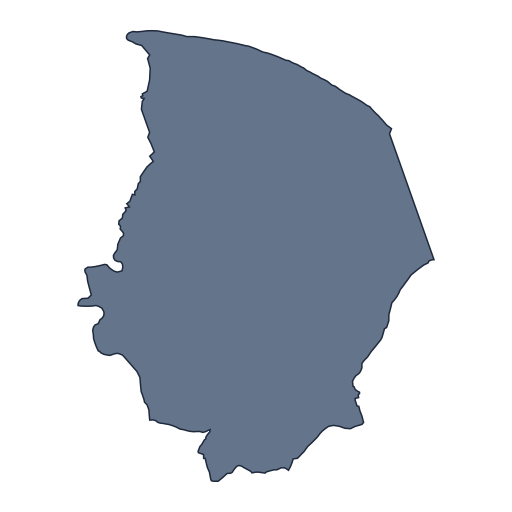 Yutanduchi de Guerrero, Oaxaca, Mexico (Mercator projection)
{"feature_id": "50627088B821547754405", "entity_name": "Yutanduchi de Guerrero", "entity_type": "district", "adm_level": 2, "iso_a3": "MEX", "parent_name": "Mexico", "parent_adm1": "Oaxaca", "projection": "mercator", "projection_center": [-97.304, 17.076], "detail": "fine", "context": "isolated", "style": "filled", "palette": "slate", "viewbox_px": 512, "rotation_deg": 0, "n_neighbors": 0, "source": "geoboundaries", "source_scale": "gbopen_adm2", "svg_char_len": 4002}
<svg xmlns="http://www.w3.org/2000/svg" viewBox="0 0 512 512"><path d="M434.0,259.7L389.5,133.8L391.5,128.7L386.4,124.9L382.5,120.2L382.0,119.7L380.3,117.9L378.0,115.3L375.5,113.1L371.6,109.0L369.9,106.8L366.6,105.2L364.1,103.4L361.2,101.4L357.7,99.4L351.0,95.8L349.3,94.7L345.9,93.5L339.7,89.6L337.6,87.9L335.3,86.3L331.7,85.0L327.5,81.4L324.7,79.9L320.5,78.0L318.2,76.3L314.3,74.4L312.1,73.3L310.2,72.1L306.8,70.6L303.6,67.9L302.0,67.3L297.1,64.5L292.8,62.9L288.9,60.7L285.8,60.2L277.8,56.7L271.4,54.3L268.1,53.2L262.8,52.0L256.1,48.9L248.4,46.1L245.6,45.7L241.5,44.7L236.9,43.6L231.8,42.6L226.7,41.6L223.3,40.9L218.2,40.2L214.0,39.8L210.5,39.1L204.2,38.0L199.7,37.3L194.3,36.6L186.9,36.6L181.7,35.1L168.3,32.9L163.2,32.0L157.5,30.9L151.8,30.7L147.0,30.8L141.4,31.5L136.8,31.9L132.9,31.5L129.0,32.9L127.4,34.4L126.5,36.5L126.6,38.6L128.2,40.2L132.2,41.7L136.1,44.0L141.7,45.5L149.7,55.0L147.6,58.5L150.2,68.2L149.6,80.0L147.1,91.3L142.4,93.8L142.7,95.7L140.9,96.6L141.3,98.0L144.1,98.5L142.3,101.4L141.4,109.3L149.6,132.4L147.8,137.3L151.1,143.8L154.3,151.9L149.7,156.2L153.3,161.4L150.0,164.1L147.0,166.9L143.8,171.5L140.3,176.7L140.4,181.4L138.3,183.6L137.2,188.9L134.8,191.4L134.8,194.9L132.4,194.3L129.9,201.2L126.8,203.7L129.4,206.9L125.2,207.9L126.1,210.7L122.8,214.3L122.3,218.2L119.1,220.7L118.7,224.2L120.5,226.1L120.2,229.1L122.2,231.3L123.5,233.1L123.4,235.7L120.5,238.0L117.8,244.3L117.3,249.6L114.5,253.4L113.4,255.5L113.6,258.0L115.0,260.3L117.6,261.5L120.7,261.8L122.4,264.0L122.8,267.0L122.0,270.8L117.4,272.1L114.0,271.1L111.3,269.3L109.3,267.7L106.9,264.8L104.6,264.4L99.5,265.7L95.0,266.6L91.3,267.1L87.8,267.2L85.1,269.0L84.8,270.2L85.2,272.2L86.9,275.3L87.6,281.0L88.9,286.1L91.3,295.0L88.0,298.2L82.0,298.6L79.7,300.4L78.2,303.2L78.0,305.5L80.5,306.0L85.5,306.2L88.6,306.2L92.5,306.0L95.9,305.5L98.3,306.2L99.6,306.9L101.7,308.0L103.6,311.1L104.1,313.3L103.6,316.0L101.8,318.4L100.0,319.7L98.3,323.6L95.0,325.0L93.5,327.1L92.7,330.3L93.3,334.4L93.6,338.7L94.9,342.9L96.6,347.4L98.3,351.0L98.9,351.1L99.7,351.4L100.5,352.6L103.8,354.3L107.0,355.0L109.9,355.4L113.8,354.0L117.0,353.3L119.7,353.9L122.7,355.2L134.5,368.7L136.9,371.4L139.1,375.8L139.9,377.5L140.6,385.9L141.2,391.7L142.5,395.0L144.1,400.0L144.5,402.1L147.1,404.9L148.9,409.9L149.2,414.5L149.7,420.1L153.0,419.9L155.7,420.6L157.7,422.3L160.1,423.1L162.8,423.4L166.0,424.0L169.0,424.5L173.0,425.8L176.0,427.0L180.1,429.1L184.2,429.8L187.1,430.7L190.5,431.4L193.8,431.7L196.6,431.5L199.8,431.5L203.0,432.4L206.3,431.4L208.0,430.4L210.1,429.6L209.7,432.0L208.0,433.9L206.1,436.6L205.7,438.9L204.3,440.0L201.6,444.7L200.0,446.4L199.5,447.6L198.1,451.2L198.4,452.7L203.5,454.5L203.6,456.4L203.7,458.4L205.2,458.4L206.9,465.7L207.4,467.5L209.4,472.1L210.8,479.5L211.3,480.6L212.9,481.2L214.9,481.2L216.3,481.3L218.2,481.2L223.2,477.1L227.2,473.4L230.4,473.3L232.1,472.4L234.5,468.9L236.7,466.4L238.6,465.5L241.3,466.0L244.1,467.7L247.8,469.7L250.7,471.3L252.0,472.9L255.3,472.2L258.2,472.1L265.1,473.1L266.4,471.9L269.8,470.9L273.5,469.9L277.3,469.7L281.1,467.8L283.4,467.8L285.5,468.2L288.5,470.3L290.4,466.7L292.1,462.5L293.2,458.9L297.5,458.3L301.6,454.0L304.1,451.5L306.1,448.7L307.8,446.4L311.7,442.8L314.9,439.6L317.6,436.8L320.0,433.5L322.5,430.9L325.7,428.3L328.7,426.3L333.5,425.4L339.0,426.2L345.0,428.3L350.4,428.7L354.5,426.7L356.7,425.9L359.8,425.1L362.1,424.3L363.6,422.4L361.8,415.7L359.9,410.8L358.8,406.3L357.0,405.9L355.2,400.3L355.2,398.4L358.6,397.6L358.2,394.8L359.6,393.5L359.5,392.2L357.2,391.0L355.1,389.3L354.1,386.8L353.0,386.3L352.5,381.3L354.0,378.3L356.0,375.6L358.7,373.7L360.4,371.6L361.9,367.9L361.9,363.5L363.4,361.4L364.8,359.8L367.7,356.8L371.0,351.8L374.5,347.6L380.7,339.9L382.0,337.5L384.5,328.7L386.6,327.5L388.8,320.9L388.9,314.5L390.3,309.3L391.9,302.7L394.0,300.4L396.6,297.0L398.7,293.3L400.3,289.6L403.2,285.9L405.4,282.8L407.9,279.5L411.1,274.9L417.6,269.6L423.8,265.0L428.1,262.9L429.0,260.9L431.9,259.8L434.0,259.7Z" fill="#64748b" stroke="#1e293b" stroke-width="1.5"/></svg>